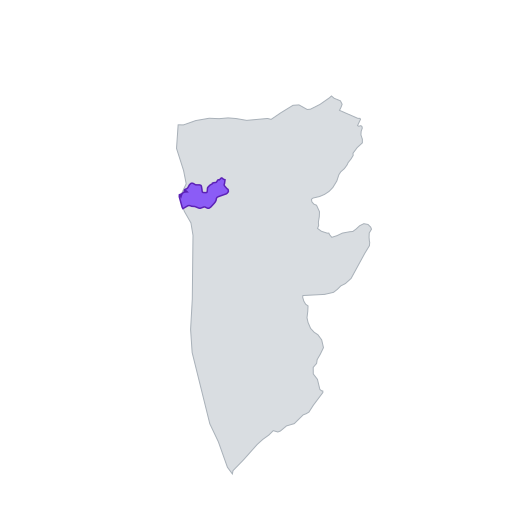 Liberia, with Montserrado highlighted, rotated 45°
{"feature_id": "LBR-788", "entity_name": "Montserrado", "entity_type": "County", "adm_level": 1, "iso_a3": "LBR", "parent_name": "Liberia", "parent_adm1": "", "projection": "robinson", "projection_center": [-10.594, 6.529], "detail": "fine", "context": "in_parent", "style": "filled", "palette": "violet", "viewbox_px": 512, "rotation_deg": 45, "n_neighbors": 0, "source": "natural_earth", "source_scale": "10m", "svg_char_len": 3334}
<svg xmlns="http://www.w3.org/2000/svg" viewBox="0 0 512 512"><g transform="rotate(45 256 256)"><path d="M108.2,218.3L112.0,214.6L117.6,202.9L125.5,191.7L132.8,185.0L138.6,178.1L144.7,172.9L153.5,166.7L166.9,150.6L170.1,148.7L172.2,137.5L175.6,123.3L179.5,118.8L188.6,116.2L190.7,113.7L194.0,103.7L196.1,92.0L196.2,89.5L199.8,89.2L206.0,86.6L209.6,87.8L211.1,91.1L212.0,94.0L230.6,86.7L232.2,85.2L233.2,85.4L235.6,92.0L236.9,91.6L238.0,89.7L239.3,89.5L240.7,90.4L242.2,93.5L244.6,96.2L248.6,98.2L251.2,100.8L250.9,107.8L251.9,114.7L253.6,116.2L254.6,120.3L255.1,124.8L256.0,127.2L256.7,131.7L256.4,136.5L257.1,139.9L260.1,145.8L261.9,153.2L262.0,158.5L260.9,164.0L258.9,169.0L255.4,174.6L255.1,176.7L257.2,178.2L260.3,178.4L262.9,177.3L269.6,179.8L273.0,183.5L276.1,187.9L278.8,190.2L280.0,193.0L284.7,192.3L290.2,189.5L291.3,188.3L292.9,188.9L296.4,189.2L298.9,184.3L300.9,178.7L305.1,172.6L307.1,170.2L307.7,166.3L307.9,161.3L309.4,156.9L312.9,154.5L316.7,154.5L318.7,155.4L319.8,159.7L322.8,162.9L325.4,165.1L326.8,166.0L328.9,168.5L331.0,177.1L339.1,204.6L338.7,212.2L337.1,217.2L337.1,222.1L336.5,226.9L331.6,234.7L317.1,250.8L318.2,252.2L321.7,254.1L325.2,255.0L328.1,254.5L331.8,258.6L335.7,263.6L339.8,266.2L345.8,268.6L351.1,268.8L355.5,267.9L361.8,268.9L368.5,273.1L370.9,280.0L372.5,286.0L374.8,289.1L375.2,294.3L379.9,298.9L386.7,299.8L395.5,305.2L397.8,304.9L398.7,304.2L399.8,305.2L402.0,320.7L403.8,329.0L402.9,332.3L401.7,334.9L401.6,347.4L397.7,354.6L397.0,362.5L395.9,365.0L391.7,367.3L391.7,373.4L390.5,380.7L390.1,388.4L391.3,408.8L391.5,424.0L393.4,426.8L385.2,425.6L360.8,414.0L342.0,407.3L279.1,369.4L261.7,354.2L241.5,331.6L196.8,285.9L186.6,278.6L173.7,275.1L165.7,271.2L160.1,267.0L155.6,254.3L144.4,246.8L123.7,236.1L108.2,218.3Z" fill="#d9dde1" stroke="#a8b0b8" stroke-width="1"/><path d="M170.8,274.2L169.2,273.7L159.9,268.4L158.5,266.9L159.1,265.5L159.4,266.2L159.8,266.7L160.3,267.0L161.1,267.2L159.9,264.9L159.6,263.0L160.4,261.1L162.0,259.3L161.0,259.3L160.2,259.5L159.6,259.9L159.1,260.5L158.6,259.4L159.5,257.2L159.5,256.2L159.4,255.5L158.7,253.2L158.6,252.6L158.6,251.9L158.6,251.1L158.7,250.6L158.9,250.2L159.2,249.8L160.0,249.2L160.9,248.9L162.6,248.5L162.9,248.4L163.9,247.5L165.1,246.3L165.7,245.7L166.4,245.3L166.9,245.1L167.3,245.0L167.6,245.1L168.3,245.4L171.2,247.5L171.5,247.8L171.7,248.0L172.9,248.7L173.7,248.5L175.4,247.0L176.2,246.1L176.2,245.5L175.6,244.5L173.7,242.3L173.4,241.7L173.3,239.0L173.4,238.1L173.5,237.6L173.8,236.9L173.9,236.4L174.0,234.8L173.9,234.8L174.3,234.0L175.6,232.4L175.8,231.7L175.4,230.0L175.3,229.0L175.6,228.6L176.2,228.1L176.3,227.1L176.2,226.0L176.4,225.2L176.8,224.9L178.8,224.7L180.2,224.0L182.5,227.0L182.7,227.7L183.4,228.4L184.3,228.7L187.4,228.9L188.1,228.9L188.7,228.7L189.0,228.7L189.8,229.0L191.0,230.1L191.2,232.1L191.1,232.9L187.4,240.7L187.2,241.5L187.0,242.0L187.1,242.6L187.3,243.2L187.4,243.5L188.3,244.7L188.6,245.4L188.8,246.0L189.0,246.7L189.2,248.5L189.4,253.3L189.2,254.5L189.0,255.4L188.8,255.7L188.3,256.2L188.0,256.4L187.6,256.6L185.1,257.5L184.9,257.7L184.5,258.1L184.2,258.8L183.0,261.4L182.5,262.0L182.2,262.2L181.6,262.6L178.3,264.0L177.7,264.3L175.4,266.3L174.8,266.6L174.0,266.9L173.7,267.1L173.3,267.4L172.8,267.9L172.5,268.3L172.3,268.6L170.8,274.2L170.8,274.2Z" fill="#8b5cf6" stroke="#5b21b6" stroke-width="1.5"/></g></svg>